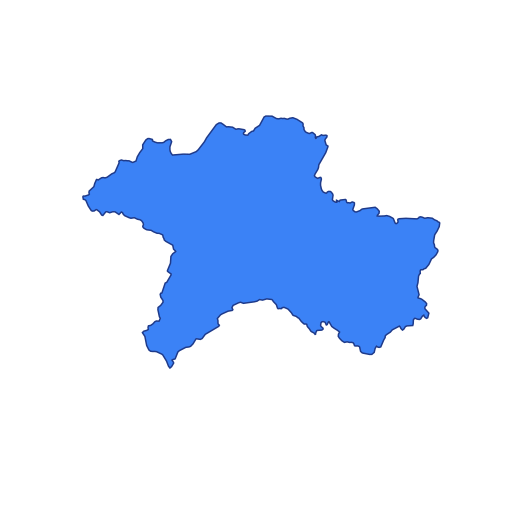 the border of Sachsen-Anhalt, rotated 119°
{"feature_id": "DEU-1600", "entity_name": "Sachsen-Anhalt", "entity_type": "State", "adm_level": 1, "iso_a3": "DEU", "parent_name": "Germany", "parent_adm1": "", "projection": "orthographic", "projection_center": [11.644, 51.989], "detail": "fine", "context": "isolated", "style": "filled", "palette": "blue", "viewbox_px": 512, "rotation_deg": 119, "n_neighbors": 0, "source": "natural_earth", "source_scale": "10m", "svg_char_len": 6134}
<svg xmlns="http://www.w3.org/2000/svg" viewBox="0 0 512 512"><g transform="rotate(119 256 256)"><path d="M130.5,316.3L128.8,315.2L125.9,309.7L125.9,304.8L125.1,302.7L123.4,300.9L122.8,299.2L121.9,298.0L121.4,295.7L120.9,294.5L119.2,293.3L117.2,290.8L116.6,286.5L117.0,279.8L117.7,278.8L119.5,277.9L120.6,276.2L122.1,275.4L123.3,273.3L123.5,272.0L123.2,269.4L122.9,268.6L120.8,267.0L120.6,266.3L121.2,263.1L122.1,262.2L123.7,261.5L124.1,260.8L123.7,260.5L122.4,260.6L120.9,258.9L118.3,257.5L118.1,255.9L116.4,253.4L116.3,252.3L117.4,251.7L120.4,252.1L121.7,251.7L124.8,248.5L125.0,246.3L125.9,246.0L131.8,245.1L145.7,245.3L148.4,244.2L150.5,243.9L155.6,244.1L157.5,243.8L158.0,243.0L158.2,242.2L158.2,239.7L156.1,238.0L155.9,237.4L156.1,237.0L157.0,236.1L160.7,235.0L162.9,233.8L165.4,231.6L166.5,230.3L167.5,228.1L167.2,225.4L166.8,224.8L165.4,224.6L164.3,223.8L163.5,222.2L163.7,221.0L164.6,219.0L165.5,218.1L169.7,216.5L170.2,215.8L170.4,214.8L170.4,212.6L169.8,211.4L169.3,211.4L168.7,212.4L168.2,212.6L168.0,209.6L166.3,209.5L163.2,205.2L163.3,204.4L165.0,202.8L165.2,201.9L164.4,200.7L164.1,199.4L162.1,198.1L161.7,196.2L161.9,195.6L163.7,194.7L168.4,193.9L169.0,193.1L169.4,190.8L168.8,189.5L165.7,186.9L164.0,186.3L163.0,185.4L155.6,175.4L155.9,173.0L157.1,169.9L159.0,169.1L161.4,169.6L162.2,169.4L161.4,167.5L158.6,162.9L157.3,161.3L156.6,158.3L156.6,154.8L156.8,153.9L159.5,150.6L159.9,149.8L159.8,149.3L159.4,148.7L157.8,148.2L156.9,148.5L155.7,149.6L154.8,149.6L153.9,148.7L150.4,143.2L145.5,133.2L144.0,132.2L142.9,132.1L141.9,131.0L141.4,129.1L141.2,126.7L139.2,124.3L137.5,120.1L137.8,117.6L137.5,114.7L137.9,113.3L137.7,111.9L138.1,111.3L141.5,110.0L146.4,109.7L150.8,110.0L156.6,108.0L158.5,107.0L159.5,105.6L161.5,104.1L161.9,103.5L162.1,101.3L162.5,100.1L162.9,99.6L164.1,99.1L167.8,99.1L170.9,99.9L173.5,101.1L179.5,100.7L184.5,101.6L185.7,102.8L187.0,103.3L188.0,105.0L188.5,105.3L189.7,105.1L191.7,103.8L192.5,104.2L194.7,104.1L200.9,101.4L204.5,100.5L210.8,94.6L213.7,94.3L214.1,93.9L213.5,91.2L213.5,89.6L214.1,85.8L214.9,83.7L216.5,83.0L217.9,83.5L219.2,83.4L220.2,82.7L222.2,77.1L226.7,75.9L227.8,76.5L227.8,78.1L227.2,79.7L226.4,80.6L227.8,81.3L231.2,81.5L232.3,82.3L233.1,84.5L233.2,86.1L233.7,87.1L235.5,87.4L239.2,85.6L240.8,85.2L243.9,90.0L245.3,91.1L248.5,91.3L249.8,92.0L249.2,94.0L248.0,95.8L247.8,96.6L254.5,101.0L257.4,101.6L261.6,103.8L263.3,104.2L264.8,103.5L267.4,103.6L275.0,102.8L276.1,103.8L276.6,105.0L276.5,106.9L279.1,107.0L283.0,105.9L285.9,107.0L287.0,108.9L289.1,115.4L289.2,116.5L288.7,118.3L285.4,121.2L285.2,121.7L285.1,122.3L285.4,123.6L286.4,125.2L286.7,126.3L285.3,127.9L284.8,129.0L285.1,130.4L286.2,132.2L286.9,134.7L288.7,136.8L288.5,139.8L287.5,143.0L286.4,145.1L284.4,146.0L282.0,146.0L281.5,148.7L281.3,152.7L280.9,155.6L278.1,160.2L278.2,160.5L278.8,160.7L281.3,160.5L282.1,160.8L282.2,161.2L280.6,163.2L280.5,163.7L280.7,165.2L281.5,166.4L282.8,166.8L285.3,165.9L286.1,164.9L286.6,162.5L287.3,161.9L288.4,162.2L289.1,162.8L291.3,166.2L291.9,166.7L294.3,166.5L295.5,166.0L295.9,166.3L295.2,168.0L295.3,170.5L295.1,171.7L293.9,173.9L293.0,176.4L292.4,177.4L291.1,178.5L291.3,179.4L292.1,180.8L292.1,181.5L291.3,184.6L289.6,188.4L289.7,189.6L289.3,191.5L289.9,194.6L289.8,195.2L288.5,197.5L287.0,201.9L286.9,202.8L287.3,206.6L288.5,208.1L289.5,208.1L289.9,208.5L290.5,210.0L291.4,211.1L291.1,212.0L288.7,214.6L287.4,218.8L286.6,220.1L286.4,221.1L288.3,225.8L291.4,228.9L292.4,231.8L295.0,233.2L296.9,235.3L303.5,244.1L303.9,247.1L305.4,248.6L310.3,252.1L312.8,252.0L314.2,250.2L315.1,250.4L317.8,253.7L322.8,257.4L324.6,258.5L329.4,259.5L330.9,258.0L333.5,256.5L333.9,255.9L334.3,254.5L335.6,254.5L349.1,262.4L354.3,263.1L355.9,264.2L357.3,268.0L357.8,268.3L363.4,268.5L366.7,269.4L368.0,270.5L369.9,273.1L375.9,277.1L377.8,277.8L384.7,276.9L385.5,277.0L386.4,278.2L387.8,279.0L389.0,276.6L389.6,276.1L393.7,276.2L395.7,277.0L394.8,279.1L391.3,283.3L387.7,289.6L387.5,290.8L387.9,296.6L388.6,298.4L389.6,300.1L390.4,302.1L390.1,304.1L387.3,308.2L380.2,314.2L378.1,318.2L376.2,317.7L374.0,315.5L372.5,314.6L370.6,315.9L369.2,316.2L367.8,314.5L365.4,313.3L362.5,312.6L361.2,311.7L360.0,309.2L356.9,309.5L356.0,311.0L350.6,315.7L348.5,316.7L345.4,315.4L341.5,314.9L340.0,315.8L338.2,319.3L336.0,321.2L334.8,321.3L334.3,320.6L333.8,320.4L323.7,322.3L322.3,321.3L313.9,321.1L312.9,321.5L312.4,325.4L312.1,326.2L311.6,326.4L303.8,327.3L297.6,330.2L294.4,329.9L291.0,328.4L290.6,329.0L290.0,331.4L286.9,334.1L286.9,342.0L286.4,344.1L285.5,344.8L284.6,346.3L282.9,347.7L282.8,348.2L283.1,351.6L284.1,353.6L284.5,357.4L284.4,360.2L286.0,364.2L286.1,365.6L286.0,367.7L285.4,369.1L284.7,369.5L283.2,369.6L281.9,370.7L280.9,372.5L280.6,373.6L280.5,374.9L281.3,377.5L281.5,381.0L283.6,383.7L284.0,385.5L284.4,390.4L283.9,392.2L282.8,393.8L282.8,395.1L286.1,396.0L285.7,400.7L286.7,402.7L289.1,404.9L289.5,407.8L289.9,408.4L290.3,408.8L294.8,409.6L295.0,410.9L293.2,414.2L292.7,417.7L292.9,418.3L295.1,419.4L296.1,421.0L296.1,421.6L296.1,422.2L293.6,426.9L289.9,431.7L289.7,433.1L290.1,434.5L288.2,436.1L287.3,436.1L286.5,434.6L283.8,432.1L283.1,431.8L282.6,431.8L281.8,432.7L280.1,433.4L274.0,431.4L270.8,432.2L266.5,432.6L266.2,432.4L266.0,430.9L262.5,429.0L261.5,427.8L260.9,425.9L259.3,424.4L254.1,422.0L251.7,420.2L250.5,420.0L240.9,420.9L239.6,421.9L238.8,421.6L237.3,420.3L236.8,418.0L235.6,416.1L235.2,414.9L234.3,413.2L234.1,409.9L233.9,409.1L231.1,407.0L226.8,407.9L221.9,407.8L217.0,407.1L213.7,409.0L207.9,408.6L205.8,407.6L205.1,406.5L204.3,403.3L204.6,402.8L205.4,402.5L205.5,402.2L205.4,399.7L204.8,397.0L202.5,393.0L201.4,391.8L199.1,390.9L196.7,389.3L195.5,387.3L196.9,385.2L202.3,384.2L205.0,382.7L206.3,381.5L207.3,380.1L208.2,378.0L202.1,368.9L199.2,363.3L193.7,358.9L191.0,358.0L181.1,356.5L176.6,356.5L160.3,354.4L157.5,352.8L156.6,351.1L156.8,348.4L157.4,344.5L156.3,342.7L154.7,338.9L154.9,335.0L153.4,333.3L152.8,332.0L151.3,327.7L151.3,326.7L152.1,325.9L154.1,326.6L155.1,326.3L155.5,325.8L155.4,324.2L154.5,322.1L154.1,321.7L152.6,321.7L149.2,320.2L147.8,318.8L144.7,318.7L140.0,316.2L130.5,316.3Z" fill="#3b82f6" stroke="#1e3a8a" stroke-width="1.5"/></g></svg>